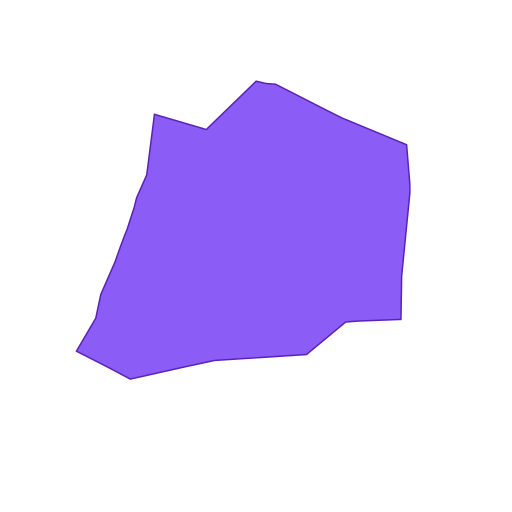 O'ndorshil, Dundgovi, Mongolia (Mercator projection), rotated 209°
{"feature_id": "93677404B66675280526983", "entity_name": "O'ndorshil", "entity_type": "district", "adm_level": 2, "iso_a3": "MNG", "parent_name": "Mongolia", "parent_adm1": "Dundgovi", "projection": "mercator", "projection_center": [108.243, 45.268], "detail": "fine", "context": "isolated", "style": "filled", "palette": "violet", "viewbox_px": 512, "rotation_deg": 209, "n_neighbors": 0, "source": "geoboundaries", "source_scale": "gbopen_adm2", "svg_char_len": 575}
<svg xmlns="http://www.w3.org/2000/svg" viewBox="0 0 512 512"><g transform="rotate(209 256 256)"><path d="M366.0,124.0L366.9,85.7L332.4,86.9L306.3,87.4L266.6,122.7L241.7,144.5L164.1,194.3L145.6,241.7L135.0,248.7L98.5,270.8L118.8,308.9L138.4,354.3L140.6,359.4L152.0,385.8L156.4,393.6L178.2,426.3L247.6,418.4L266.5,417.6L322.2,415.7L331.2,411.6L340.6,409.0L360.8,342.5L413.5,330.7L390.9,274.0L388.6,248.9L386.1,239.5L381.6,216.5L380.9,210.5L379.7,202.5L379.1,198.4L378.0,191.7L376.5,183.1L373.1,147.1L366.0,124.0Z" fill="#8b5cf6" stroke="#5b21b6" stroke-width="1.5"/></g></svg>